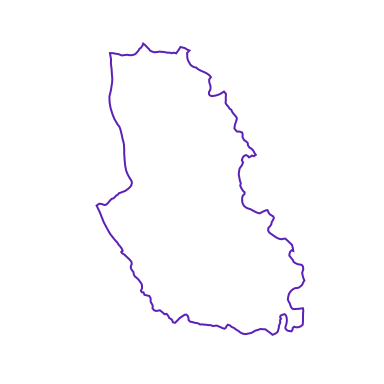 Sabatia, Western, Kenya (Mercator projection), rotated 80°
{"feature_id": "3690345B66034792821771", "entity_name": "Sabatia", "entity_type": "district", "adm_level": 2, "iso_a3": "KEN", "parent_name": "Kenya", "parent_adm1": "Western", "projection": "mercator", "projection_center": [34.76, 0.115], "detail": "fine", "context": "isolated", "style": "outline", "palette": "violet", "viewbox_px": 384, "rotation_deg": 80, "n_neighbors": 0, "source": "geoboundaries", "source_scale": "gbopen_adm2", "svg_char_len": 5361}
<svg xmlns="http://www.w3.org/2000/svg" viewBox="0 0 384 384"><g transform="rotate(80 192 192)"><path d="M41.0,248.7L47.4,248.7L51.6,249.6L56.6,249.8L61.8,250.4L66.5,250.8L70.1,251.6L78.0,254.3L83.7,256.8L89.7,257.6L91.7,257.6L95.2,257.6L101.6,256.8L106.4,255.8L111.6,253.9L113.1,253.3L114.7,252.3L116.4,251.9L118.2,251.6L120.6,251.5L122.7,251.3L124.6,251.2L126.4,251.2L128.7,251.1L130.8,250.8L132.6,250.8L134.4,250.9L136.2,251.1L139.1,251.5L141.5,252.0L145.2,252.4L148.7,252.8L152.4,253.1L154.0,253.2L156.2,253.2L159.9,253.1L161.6,252.7L163.4,252.3L165.9,251.5L168.1,250.7L170.0,249.8L171.8,249.5L173.4,249.9L175.6,251.2L177.6,253.9L179.4,257.7L179.9,260.7L180.3,262.4L180.5,264.1L181.7,265.4L182.4,267.4L183.6,268.9L184.6,270.4L184.8,272.3L186.3,274.4L188.2,276.6L189.5,278.5L189.6,280.6L188.6,282.2L187.8,283.8L187.5,285.5L188.8,288.3L195.9,286.3L201.8,285.1L206.3,284.2L212.2,282.3L216.9,280.7L219.9,279.5L222.6,278.0L224.9,276.8L226.9,275.6L229.1,274.2L231.0,273.5L232.9,272.3L235.3,271.1L237.9,270.5L238.8,272.1L240.3,271.4L241.9,269.5L243.9,268.0L247.4,265.4L250.1,263.8L252.3,263.8L254.7,265.2L256.6,265.4L258.4,264.8L260.6,263.6L262.2,263.6L263.7,263.5L265.4,262.8L266.6,261.7L268.8,260.0L271.2,258.8L273.8,257.6L275.6,257.5L278.3,258.0L280.4,259.5L282.0,258.8L282.4,257.2L285.0,256.7L286.0,254.4L287.0,252.1L289.5,251.2L293.1,251.8L295.6,250.8L297.3,250.4L299.7,251.1L301.8,249.9L302.8,248.4L303.0,246.8L302.9,244.2L305.8,241.6L307.6,240.3L307.6,238.2L309.7,237.0L312.1,236.3L314.0,234.1L317.0,233.4L317.9,231.4L316.3,229.1L315.0,227.3L314.0,226.1L313.4,224.6L312.4,222.4L311.6,220.5L311.8,218.8L313.3,217.7L315.4,217.3L317.5,217.6L319.4,216.3L320.2,214.1L321.3,212.0L321.8,210.2L322.5,208.7L323.9,207.0L324.2,204.5L324.9,202.5L325.3,200.7L326.0,198.9L326.4,196.6L327.7,194.6L327.7,192.8L327.9,190.7L329.1,188.9L330.3,187.0L331.3,185.7L332.3,183.7L331.6,182.3L330.1,181.3L328.9,179.7L330.0,177.8L331.8,176.3L333.2,174.2L335.4,172.2L337.1,170.2L338.7,168.9L339.8,167.4L340.8,165.5L341.3,163.7L341.2,160.9L341.1,158.2L340.5,156.1L339.7,154.5L339.4,152.7L339.2,150.6L338.8,148.4L339.4,146.2L340.0,143.6L342.0,141.7L343.4,140.3L344.8,139.0L346.6,137.5L346.0,134.8L345.3,132.9L344.1,131.6L342.4,130.9L340.8,130.0L338.9,129.7L337.5,128.7L335.7,127.7L333.5,127.6L332.2,126.3L330.6,127.0L329.1,126.2L328.6,124.1L328.3,122.2L329.7,121.0L331.8,120.6L333.4,120.7L335.1,120.9L336.9,121.4L339.0,122.3L341.0,123.4L342.7,123.7L344.2,122.8L345.4,121.5L345.9,119.9L346.5,118.3L345.2,117.0L343.4,116.4L342.4,114.8L343.4,112.8L343.6,110.7L343.2,108.3L341.9,106.0L339.6,105.4L337.4,104.9L335.4,104.6L333.3,104.2L330.4,103.6L328.3,103.0L325.8,102.9L325.6,104.7L325.6,107.0L325.2,110.2L325.0,112.3L324.0,113.8L321.7,114.6L320.1,114.9L318.5,115.1L316.8,115.8L314.5,116.3L311.6,115.3L309.2,114.2L307.6,112.7L306.3,111.3L305.3,109.4L304.6,107.3L304.8,104.7L304.6,103.1L303.7,101.5L302.8,99.9L301.1,98.6L299.8,97.8L298.7,96.7L296.5,97.2L294.2,97.5L292.4,97.5L290.9,97.6L289.4,96.9L287.3,95.8L284.5,95.7L282.8,96.6L282.1,98.6L281.2,100.9L279.9,102.6L278.5,104.1L276.5,104.5L274.6,105.6L273.2,106.3L271.6,107.2L269.5,106.6L267.8,105.6L266.7,104.0L267.6,102.5L264.9,102.4L263.0,102.6L261.3,102.7L259.8,104.0L258.0,105.2L256.3,106.5L254.2,108.1L253.9,110.1L254.1,112.0L253.3,114.2L252.1,116.0L250.8,117.6L249.3,119.1L247.9,120.4L246.4,122.0L245.0,123.1L243.2,123.7L240.9,123.2L239.3,121.2L237.9,119.7L235.5,118.7L233.5,117.0L231.9,115.9L230.2,116.2L228.9,117.7L227.6,119.1L226.0,120.1L224.5,120.3L222.9,120.9L222.9,122.5L223.3,124.0L223.7,125.8L224.2,127.3L224.8,128.9L223.9,131.0L222.7,132.9L221.5,134.4L220.3,136.0L219.2,137.2L218.4,138.8L217.5,140.4L216.4,141.8L214.5,143.3L212.1,144.1L210.2,144.2L207.8,143.9L205.4,143.2L204.1,142.2L203.3,140.8L201.5,140.2L199.6,141.6L198.1,142.2L196.6,142.8L194.2,143.4L191.8,142.4L189.8,142.8L187.2,142.9L184.9,142.9L182.6,142.9L179.7,142.0L177.2,141.1L175.6,139.5L174.1,138.0L171.6,136.6L169.4,137.4L167.5,136.4L165.7,134.9L165.0,132.6L166.1,130.8L167.7,130.0L167.3,128.1L166.5,126.7L167.5,124.9L166.5,122.7L164.4,123.7L162.4,124.3L160.9,125.0L159.5,126.1L158.2,127.7L155.7,128.8L153.5,128.6L151.7,129.8L149.9,131.7L147.9,132.4L146.3,132.7L144.3,132.1L142.1,132.3L140.8,134.6L140.2,137.3L138.9,138.1L136.8,139.2L134.8,138.6L133.0,137.9L131.5,137.1L129.3,135.9L127.2,135.0L125.5,135.5L123.5,136.7L121.3,138.0L119.8,138.6L117.9,139.0L116.6,140.4L114.0,141.6L111.8,142.9L110.0,143.5L107.8,142.8L105.0,142.4L103.1,141.9L101.1,141.6L98.6,143.1L99.7,145.5L100.5,147.8L100.9,150.0L101.1,152.1L101.1,153.8L101.1,155.6L100.3,157.2L99.0,158.2L96.6,158.0L95.2,156.8L93.7,155.9L91.7,155.5L90.1,155.5L88.3,155.8L86.2,155.9L84.1,155.5L82.2,153.4L80.1,154.6L78.7,155.9L77.4,157.3L76.3,158.8L75.2,160.5L73.6,162.9L71.9,164.9L70.3,166.1L69.4,168.3L68.1,170.0L66.3,171.5L64.4,172.1L63.0,172.7L60.8,173.2L58.5,173.3L56.4,172.9L54.4,172.8L53.3,171.4L52.2,170.0L50.9,172.0L49.0,174.1L47.2,178.2L49.7,180.4L52.7,183.5L51.6,185.8L51.8,188.0L50.9,189.7L50.6,191.8L49.7,194.1L49.0,196.0L48.6,198.0L48.1,199.5L48.1,202.2L47.8,205.0L46.6,207.2L45.4,208.8L43.8,209.5L42.0,210.8L39.0,212.8L37.4,214.3L39.0,215.2L41.0,217.1L41.8,218.8L43.6,220.3L45.1,222.2L46.3,223.8L46.7,225.6L46.8,227.5L46.4,229.8L45.6,232.0L45.5,234.0L45.4,235.7L45.3,237.5L44.2,239.2L43.3,240.9L42.8,242.5L42.2,244.0L41.4,246.2L41.0,248.7Z" fill="none" stroke="#5b21b6" stroke-width="2"/></g></svg>